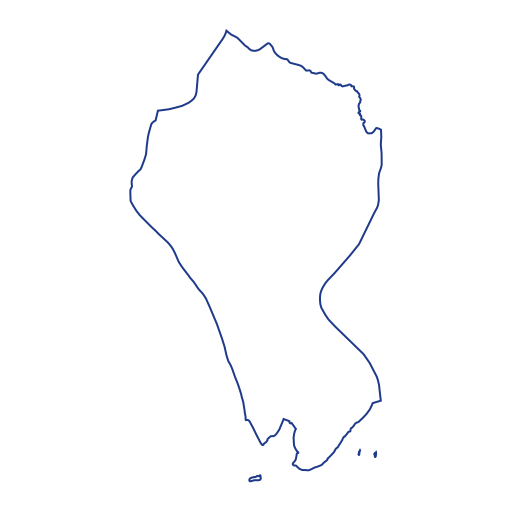 Hat Samran, Trang, Thailand (Robinson projection)
{"feature_id": "78962969B83331029808127", "entity_name": "Hat Samran", "entity_type": "district", "adm_level": 2, "iso_a3": "THA", "parent_name": "Thailand", "parent_adm1": "Trang", "projection": "robinson", "projection_center": [99.606, 7.227], "detail": "fine", "context": "isolated", "style": "outline", "palette": "blue", "viewbox_px": 512, "rotation_deg": 0, "n_neighbors": 0, "source": "geoboundaries", "source_scale": "gbopen_adm2", "svg_char_len": 5948}
<svg xmlns="http://www.w3.org/2000/svg" viewBox="0 0 512 512"><path d="M380.8,400.7L379.0,384.8L377.9,380.1L376.8,376.8L369.7,363.0L363.6,354.2L335.5,326.9L328.5,319.5L325.5,315.1L321.4,307.9L320.4,304.5L320.0,300.6L320.0,297.0L320.4,293.5L321.3,290.6L322.7,287.5L325.2,283.4L327.7,280.3L334.4,273.3L350.2,255.2L358.9,244.3L359.4,243.4L374.1,213.2L377.0,207.8L377.8,205.9L378.3,203.6L378.8,200.5L378.8,198.2L378.2,183.6L378.4,178.4L379.0,173.7L379.4,172.3L380.9,168.1L381.4,166.2L381.7,164.5L381.6,153.3L380.8,144.9L380.9,142.6L381.3,137.2L381.0,129.7L378.4,128.5L376.8,128.0L376.4,128.1L376.1,128.2L374.3,130.8L373.4,131.9L372.3,132.8L371.9,133.1L371.2,133.2L369.5,133.4L368.2,133.3L367.8,133.2L367.3,132.8L366.4,131.8L365.0,128.7L364.5,127.2L364.0,126.3L363.3,125.1L363.3,123.6L363.5,123.0L364.6,122.2L364.7,121.1L364.7,120.8L363.9,120.0L363.3,119.6L362.6,119.5L361.7,119.7L361.4,119.5L361.2,119.0L361.3,116.4L361.2,116.0L361.0,115.7L360.1,115.3L359.9,114.9L360.1,114.3L360.1,113.9L359.1,113.6L358.6,113.2L358.5,112.9L358.5,112.6L358.7,112.2L360.1,111.5L360.2,111.3L360.1,110.7L359.4,110.4L359.2,110.0L358.5,105.9L358.7,105.0L359.1,103.7L360.3,102.2L360.2,101.0L360.3,100.7L360.7,100.0L360.8,99.7L360.5,98.6L360.3,98.3L359.6,97.5L359.2,96.9L359.2,96.7L359.4,96.1L359.5,95.3L359.4,94.8L358.9,93.6L358.6,93.3L357.9,92.6L357.2,91.4L357.0,91.2L356.3,91.2L355.8,90.9L354.3,89.1L354.0,88.3L354.0,88.0L354.1,87.2L353.9,86.8L353.8,86.5L352.4,86.2L351.5,86.3L351.0,85.1L350.3,84.8L349.5,84.5L348.7,84.6L347.5,85.4L345.7,85.6L342.6,86.4L342.0,86.2L341.4,85.8L340.8,84.8L340.2,84.5L339.7,84.9L338.8,85.3L338.5,85.2L338.4,84.9L338.3,84.3L338.0,84.1L335.6,84.6L334.4,83.3L330.9,81.3L328.6,79.9L327.3,78.8L324.8,75.3L323.8,74.1L323.1,73.6L322.3,73.1L321.3,72.8L320.1,72.7L319.3,72.8L316.9,73.6L316.3,73.7L312.0,72.8L311.3,72.5L310.5,71.0L310.1,70.6L309.3,70.4L308.7,70.4L306.5,70.6L305.8,70.4L305.7,70.2L305.2,69.5L304.4,68.8L303.3,67.5L302.0,66.5L301.3,66.0L300.2,65.5L297.9,64.8L292.1,63.3L290.3,62.8L289.3,62.1L287.4,59.4L286.8,59.2L284.8,59.0L282.4,58.4L280.4,57.4L278.2,55.9L275.7,53.6L274.7,52.3L273.7,50.4L272.9,48.1L272.5,47.1L271.2,45.4L269.7,43.7L269.4,43.5L268.4,43.3L267.4,43.6L259.8,49.3L257.7,50.3L255.5,50.8L254.2,50.8L251.8,50.5L251.2,50.3L248.7,48.5L248.0,47.5L245.1,45.6L237.9,38.3L236.7,37.4L231.2,34.6L226.4,30.7L225.9,32.6L224.6,35.7L222.9,38.6L198.0,74.6L196.5,91.8L195.6,95.6L193.8,98.6L191.5,100.7L188.4,102.9L182.0,105.9L175.3,107.7L168.7,109.3L157.9,110.7L155.6,120.4L154.1,121.3L151.9,123.2L151.2,124.5L148.9,132.6L147.9,137.2L146.7,146.4L146.4,150.6L146.0,154.4L144.4,159.6L141.7,166.8L140.5,169.4L138.4,171.2L135.9,173.8L132.9,177.2L132.5,177.9L131.8,180.4L131.6,182.6L132.0,186.0L131.8,187.0L130.8,188.8L130.4,190.1L130.3,191.6L130.6,200.7L130.9,201.6L133.3,205.9L136.5,211.0L140.0,215.4L143.9,219.4L151.8,227.3L156.1,231.3L158.9,234.2L167.2,241.9L168.4,243.1L171.2,246.5L172.7,248.8L174.8,252.8L178.8,262.0L181.5,266.2L183.0,268.3L188.4,275.3L189.9,277.5L193.7,281.9L198.3,288.7L199.5,290.2L201.2,291.9L203.0,294.0L205.8,298.3L206.4,299.4L206.7,300.3L209.1,305.5L216.8,323.8L221.7,337.7L222.9,341.4L224.6,346.9L225.3,350.0L226.3,354.6L227.2,357.7L228.4,361.3L230.3,364.5L232.0,368.3L235.5,378.2L237.3,382.5L238.4,385.6L240.2,391.0L241.3,394.8L241.9,397.7L242.6,399.7L243.3,402.4L244.6,410.7L244.8,412.7L245.6,416.9L245.6,419.3L245.7,419.9L245.9,420.1L246.2,420.1L247.1,419.9L247.8,420.0L248.6,420.4L249.4,421.2L249.9,421.9L250.9,423.9L252.7,427.1L257.1,436.2L257.5,436.8L260.0,441.7L261.1,443.6L262.3,445.0L262.8,445.1L263.2,444.9L263.4,444.8L263.9,443.8L264.3,443.4L266.0,442.2L267.4,440.5L267.4,439.6L267.7,438.9L270.5,436.4L271.1,436.2L273.5,436.1L274.3,435.8L275.0,435.3L276.5,433.8L277.8,431.9L279.5,429.2L279.9,428.1L283.1,420.5L283.6,419.0L289.4,421.2L289.4,422.1L289.5,422.5L289.9,423.0L290.6,423.4L291.6,423.0L295.9,429.0L295.4,429.7L294.7,431.7L294.2,433.6L293.6,437.5L293.6,438.4L294.0,444.7L294.1,445.6L295.0,447.8L296.0,449.7L296.9,451.0L297.8,452.0L298.2,452.3L298.2,452.9L297.4,453.1L297.0,453.4L296.8,453.9L296.0,458.4L295.7,459.5L295.0,460.8L293.2,462.9L292.8,463.9L292.8,464.4L293.0,464.8L293.5,465.2L294.2,465.5L295.7,465.5L296.4,465.9L298.0,467.6L299.4,468.8L301.9,469.9L302.2,470.0L306.2,470.1L307.0,470.3L307.6,470.3L308.9,470.2L311.5,469.2L313.9,467.8L318.2,466.4L320.9,465.3L322.2,464.5L322.9,463.6L324.3,462.3L325.7,461.2L327.2,460.0L327.5,459.5L327.5,458.7L329.4,457.0L334.1,452.0L335.3,449.6L336.0,448.6L336.9,447.8L337.5,447.6L338.0,446.9L338.9,445.3L340.5,442.9L342.4,439.7L342.8,438.4L343.5,437.7L343.6,437.2L344.0,436.8L344.4,436.6L344.7,436.6L345.1,436.2L345.2,435.9L346.2,434.8L347.0,433.9L347.6,432.9L348.2,432.1L348.9,431.7L350.0,431.5L350.3,431.3L350.6,429.3L351.0,428.3L352.4,427.4L352.8,426.7L353.3,426.3L353.9,425.6L355.1,423.7L356.5,422.7L358.5,422.0L363.6,417.1L366.7,413.7L369.9,409.3L372.4,404.0L372.7,403.1L380.8,400.7ZM260.4,475.6L260.2,475.3L259.9,475.4L259.7,476.2L259.6,476.3L259.1,476.2L258.1,476.2L257.9,476.1L257.7,475.9L257.3,475.9L256.9,476.1L256.4,476.5L255.4,477.0L255.1,477.1L254.1,477.0L253.7,477.1L253.6,477.3L253.3,477.4L251.9,477.5L251.3,477.9L250.4,478.2L250.0,478.5L249.4,479.5L249.3,480.4L249.5,480.8L249.9,481.2L250.6,481.3L251.3,481.1L251.7,480.9L252.8,480.7L253.6,480.4L254.6,480.2L256.4,480.2L257.4,480.3L258.8,480.2L260.0,479.8L260.5,479.3L260.8,478.4L260.4,475.6ZM375.7,455.6L375.8,455.4L375.7,455.1L376.1,454.1L376.1,453.6L375.9,453.3L376.1,452.6L376.0,452.2L375.3,452.9L374.9,453.0L374.7,453.2L374.6,453.6L374.3,453.9L374.3,454.1L374.3,454.3L374.8,454.5L374.7,454.8L374.8,454.9L374.9,455.1L374.8,456.4L374.9,456.5L375.1,456.6L375.2,457.0L375.3,457.0L375.5,456.7L375.7,456.3L375.9,455.8L375.9,455.7L375.7,455.6ZM359.0,454.9L359.4,452.7L359.5,452.5L359.5,451.7L360.1,450.5L360.0,450.3L359.8,450.7L359.0,451.8L359.0,452.4L358.7,453.7L358.7,454.2L358.8,454.4L359.0,454.5L358.7,454.8L358.8,454.9L359.0,454.9Z" fill="none" stroke="#1e3a8a" stroke-width="2"/></svg>